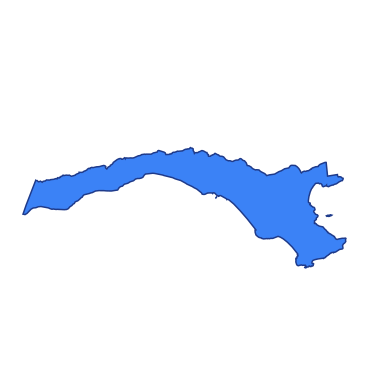 the district of Yarrabah, Queensland, Australia, rotated 102°
{"feature_id": "25037944B68165922230856", "entity_name": "Yarrabah", "entity_type": "district", "adm_level": 2, "iso_a3": "AUS", "parent_name": "Australia", "parent_adm1": "Queensland", "projection": "natural_earth1", "projection_center": [145.904, -17.017], "detail": "fine", "context": "isolated", "style": "filled", "palette": "blue", "viewbox_px": 384, "rotation_deg": 102, "n_neighbors": 0, "source": "geoboundaries", "source_scale": "gbopen_adm2", "svg_char_len": 5955}
<svg xmlns="http://www.w3.org/2000/svg" viewBox="0 0 384 384"><g transform="rotate(102 192 192)"><path d="M248.8,352.7L248.8,350.6L247.2,348.9L242.2,345.8L240.6,343.9L239.8,341.4L238.4,339.3L237.6,336.7L237.4,329.1L237.8,327.5L238.0,325.4L237.5,324.2L237.3,321.2L237.0,320.5L235.8,313.1L235.1,310.9L234.0,309.5L231.9,308.4L230.2,306.7L228.4,305.7L227.7,304.7L226.1,304.3L225.1,303.1L224.5,302.0L222.6,300.5L220.3,299.0L220.0,298.4L218.1,297.7L217.1,296.9L214.6,291.7L214.0,291.0L213.4,289.5L211.1,286.6L210.0,283.4L209.0,278.5L208.7,276.0L207.8,271.1L205.5,265.1L203.4,264.4L201.6,263.1L200.7,261.2L198.5,259.9L196.8,256.6L194.9,254.6L193.1,251.5L191.1,250.0L190.1,248.0L189.8,246.4L188.8,244.3L187.8,243.1L185.4,242.2L184.1,241.2L181.8,234.2L181.6,232.2L181.5,224.0L181.7,223.2L182.0,213.8L182.6,211.3L183.1,205.4L184.8,199.8L185.3,198.8L186.6,193.0L187.4,190.8L188.1,188.0L190.8,182.6L192.0,181.6L191.9,179.8L191.5,178.8L189.8,176.6L189.1,174.1L188.8,171.9L189.2,171.4L188.4,171.1L188.2,170.4L188.5,169.3L190.2,166.8L190.2,165.9L190.7,165.2L190.6,164.8L190.0,164.6L189.6,163.6L189.6,163.0L191.3,157.4L191.7,156.6L192.2,156.4L191.8,155.7L191.9,154.5L195.0,148.7L200.3,141.0L206.8,132.4L215.7,121.7L215.8,121.6L216.2,122.4L218.4,121.8L220.7,120.5L221.8,118.7L222.5,117.0L222.6,114.4L222.9,114.1L223.0,112.2L221.9,108.8L222.0,108.3L221.6,107.4L221.6,106.5L221.0,105.4L220.6,103.4L217.5,98.6L217.8,96.2L218.9,92.9L221.3,88.2L225.0,82.5L230.7,75.6L231.5,75.9L232.0,75.2L232.6,75.1L233.3,75.8L234.8,75.7L235.0,76.4L235.3,76.6L235.8,76.2L236.5,76.4L237.6,76.0L238.8,75.9L241.3,74.5L241.9,73.6L242.0,72.7L240.6,69.9L240.8,68.8L240.5,68.0L240.3,66.9L240.1,65.8L240.9,65.1L241.8,65.6L242.1,66.1L242.4,66.1L242.6,65.2L242.3,64.6L241.4,63.7L240.9,62.3L240.0,62.0L240.3,60.2L239.4,59.5L239.4,58.7L238.8,58.2L237.0,58.1L236.7,58.6L237.0,59.4L236.4,60.0L234.9,60.0L233.8,59.5L232.7,57.9L231.3,54.9L229.7,50.5L229.7,49.5L229.0,49.2L228.9,48.5L228.1,47.9L227.6,47.8L227.2,47.1L226.6,46.9L225.5,45.7L224.7,45.2L224.3,44.6L223.3,44.1L222.9,43.3L222.4,43.2L221.9,42.3L222.0,40.9L221.4,40.8L221.2,39.7L220.7,38.9L217.5,35.7L216.5,33.2L215.9,32.7L215.1,32.8L213.0,33.6L211.3,33.1L210.2,32.1L208.5,31.3L206.9,31.9L205.4,31.8L205.2,32.6L205.6,33.4L206.0,35.4L207.5,38.9L208.2,40.1L208.2,41.1L206.5,43.2L205.9,43.4L205.9,44.1L205.3,45.1L204.9,46.6L204.3,47.7L204.1,49.0L203.8,49.4L203.6,50.4L203.3,50.5L203.2,50.9L202.9,50.9L202.5,51.8L201.6,52.7L200.5,54.7L199.0,56.5L198.9,56.8L198.9,60.4L198.1,63.0L197.3,63.9L197.2,65.2L196.9,65.3L197.2,65.7L196.9,65.9L196.2,65.8L194.7,66.2L193.1,64.7L191.7,65.0L190.1,63.9L189.0,63.8L188.3,64.6L188.1,66.5L186.4,68.5L185.8,68.9L184.9,68.8L184.3,68.2L183.7,68.0L182.1,68.8L181.6,69.6L181.6,70.7L181.1,71.6L180.8,72.6L180.4,72.7L180.2,73.1L179.9,74.2L179.7,74.3L179.0,73.9L178.3,74.1L178.2,75.3L177.9,75.9L176.2,76.4L172.2,76.7L167.4,76.4L164.3,75.8L162.0,74.8L161.6,74.8L157.9,72.9L157.0,70.2L157.5,69.0L157.1,68.5L157.1,67.6L157.7,66.5L158.9,66.0L159.6,64.8L158.1,62.3L157.4,61.9L157.9,61.8L158.3,61.2L158.4,59.5L157.1,58.0L156.0,56.0L155.8,55.2L155.1,54.6L153.9,52.4L151.6,50.3L150.5,48.9L149.7,47.9L149.6,47.3L148.1,46.9L147.2,47.0L147.2,47.8L146.5,48.9L146.3,49.8L146.3,50.7L146.8,52.1L145.5,53.2L144.7,53.4L148.3,62.7L135.2,66.9L135.3,67.9L138.2,72.3L139.9,73.7L140.8,73.8L141.7,76.5L142.9,78.2L142.9,78.5L143.8,79.6L144.8,80.1L144.7,80.4L145.1,80.6L146.4,81.9L147.0,82.6L147.4,83.9L148.2,85.0L148.3,86.6L149.4,88.1L150.6,88.9L150.2,89.6L148.9,90.4L146.8,92.4L145.4,94.5L144.6,96.5L145.1,99.8L145.5,100.8L146.4,101.5L148.3,102.3L150.0,106.2L152.7,109.1L154.0,111.2L157.3,114.9L159.1,119.8L160.4,122.3L158.9,124.6L157.9,128.4L157.5,129.5L156.5,131.1L156.8,133.5L157.2,134.4L156.8,136.7L156.2,138.1L155.3,139.3L154.5,141.8L154.6,143.5L152.2,145.0L150.6,147.1L150.4,148.9L149.3,150.8L149.3,151.8L149.9,152.5L150.7,152.9L151.4,154.3L151.6,155.5L152.6,157.2L153.5,158.2L153.8,159.3L153.5,161.3L153.9,163.0L153.4,165.4L151.1,168.4L150.8,170.3L151.1,171.0L151.0,172.3L150.8,173.0L150.2,173.7L150.2,174.7L149.4,177.4L149.6,177.8L150.3,178.1L151.0,178.9L151.3,179.5L151.9,180.0L152.2,180.9L153.1,181.3L153.6,183.2L153.2,183.6L152.0,183.7L151.6,184.9L150.3,185.6L150.4,186.4L149.5,189.1L149.4,190.7L149.6,191.3L150.9,192.8L151.1,193.4L152.3,194.6L152.6,196.0L153.1,197.4L153.7,197.7L152.1,198.5L151.4,199.4L149.6,199.8L149.1,200.9L149.2,202.0L148.9,202.8L150.4,203.8L150.9,205.7L151.3,205.9L151.4,206.9L152.1,208.1L153.7,209.8L155.0,213.8L155.1,214.9L155.8,215.6L156.8,217.4L157.0,218.5L157.5,219.2L158.5,219.6L158.7,220.4L159.3,220.6L159.4,221.6L160.0,222.1L160.8,225.4L159.3,226.3L158.8,227.6L158.3,233.2L158.8,234.0L160.2,234.4L161.8,237.9L163.5,239.8L164.6,245.0L164.9,245.4L164.8,246.2L165.9,249.1L167.0,250.1L167.8,252.1L170.7,256.1L171.3,257.8L171.3,258.7L172.1,261.4L172.4,263.7L173.4,264.1L172.8,264.5L172.5,265.0L174.4,266.8L174.6,267.6L174.0,268.5L174.5,270.1L174.8,270.2L174.9,270.7L175.8,271.9L179.5,275.2L180.5,275.3L181.7,276.1L182.8,277.4L183.7,277.5L185.1,279.2L187.2,280.1L186.5,281.4L185.8,281.8L185.3,281.5L184.9,281.7L184.4,282.8L184.4,283.9L185.4,286.0L186.4,287.8L187.3,290.8L188.8,294.0L188.7,295.0L189.6,296.5L190.3,296.6L190.3,297.8L190.6,298.3L191.7,299.2L192.3,299.4L193.7,301.1L193.9,301.7L195.2,302.9L195.7,303.7L196.2,306.5L196.7,306.3L197.3,306.8L198.3,308.4L199.4,309.6L199.8,309.7L201.7,313.2L201.0,315.6L201.4,316.4L201.6,318.4L202.6,320.9L202.3,321.6L203.6,322.6L204.1,323.5L205.0,323.8L205.1,324.4L205.3,324.3L206.0,325.0L205.9,326.3L206.4,326.7L207.0,326.6L207.4,328.5L208.2,329.5L209.4,333.1L209.9,333.6L210.5,336.9L211.6,337.7L212.5,339.8L213.6,340.5L212.9,342.6L213.5,343.2L213.9,344.4L213.0,346.0L213.3,347.0L213.1,347.3L239.2,351.5L248.8,352.7ZM187.5,53.4L187.1,52.2L186.5,51.8L186.1,50.8L185.6,50.4L185.5,51.9L186.2,52.8L186.5,54.4L187.4,55.6L187.8,55.0L187.4,54.1L187.5,53.4ZM191.8,167.0L192.6,167.5L192.8,167.4L192.4,167.0L191.8,167.0Z" fill="#3b82f6" stroke="#1e3a8a" stroke-width="1.5"/></g></svg>